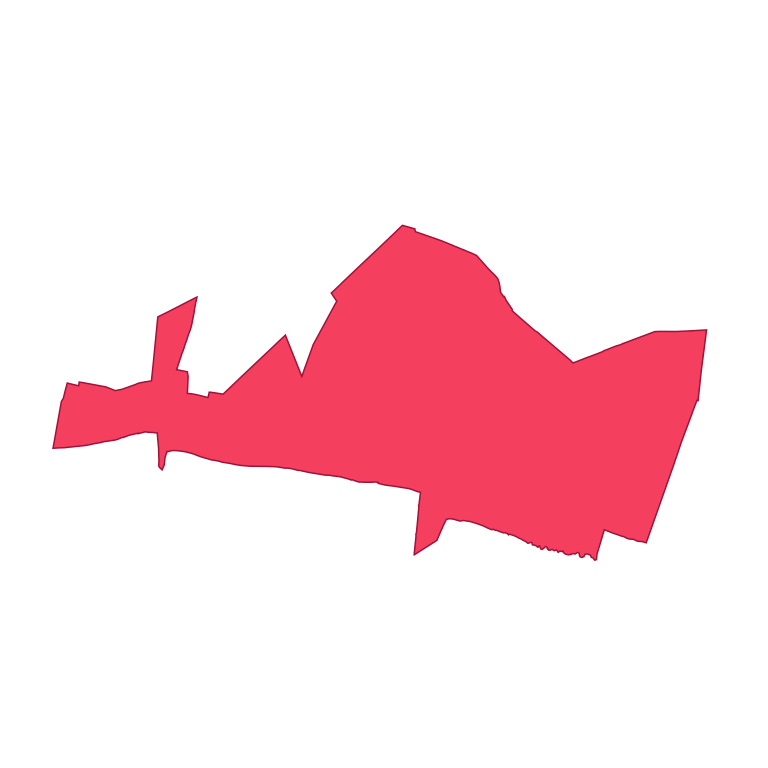 Salacgrīva, Salacgrivas, Latvia (Equal Earth projection), rotated 284°
{"feature_id": "27541924B36810764356206", "entity_name": "Salacgrīva", "entity_type": "district", "adm_level": 2, "iso_a3": "LVA", "parent_name": "Latvia", "parent_adm1": "Salacgrivas", "projection": "equal_earth", "projection_center": [24.355, 57.764], "detail": "fine", "context": "isolated", "style": "filled", "palette": "rose", "viewbox_px": 768, "rotation_deg": 284, "n_neighbors": 0, "source": "geoboundaries", "source_scale": "gbopen_adm2", "svg_char_len": 5915}
<svg xmlns="http://www.w3.org/2000/svg" viewBox="0 0 768 768"><g transform="rotate(284 384 384)"><path d="M241.6,78.4L243.3,83.8L244.8,89.1L246.8,94.5L249.3,101.5L252.3,109.7L253.9,113.1L256.1,117.4L258.6,123.2L260.3,126.2L262.5,131.7L263.8,134.7L264.5,136.5L266.4,139.7L267.9,141.5L269.8,145.1L272.3,148.6L274.0,151.8L276.7,157.1L276.8,157.3L276.3,157.4L277.2,159.1L278.5,161.6L278.7,162.0L279.2,162.7L279.4,163.1L279.5,163.2L279.6,163.6L279.8,164.2L279.9,164.7L280.2,167.4L281.1,171.8L281.2,172.5L281.2,173.5L281.3,174.1L281.7,175.8L274.4,178.3L267.8,180.6L254.4,184.4L250.3,185.1L248.8,186.2L247.2,189.1L247.0,189.5L252.7,190.4L259.8,189.3L266.1,189.8L266.0,190.6L267.5,193.1L268.0,194.4L268.3,195.3L268.6,196.2L268.8,197.2L269.1,198.5L269.6,202.0L270.0,205.7L270.2,208.7L270.1,215.3L269.4,220.6L269.0,225.0L268.8,231.2L268.6,235.0L268.9,237.6L269.2,242.3L269.0,245.9L269.2,248.6L269.3,249.5L269.7,253.6L269.8,257.3L269.9,259.6L270.4,265.2L271.9,274.4L275.6,289.9L277.2,297.2L277.9,301.5L278.2,306.2L278.5,308.9L279.1,310.8L279.4,314.1L279.5,317.5L279.4,319.9L279.4,321.8L279.8,323.2L279.8,324.9L279.9,328.0L280.0,332.5L281.4,349.3L281.8,350.9L282.3,353.4L282.4,355.7L283.4,364.1L283.2,373.9L282.8,375.2L283.1,375.7L283.4,376.0L283.0,380.0L282.8,383.4L283.7,387.1L283.9,388.7L284.8,392.3L285.7,395.8L286.8,399.2L287.1,402.0L287.1,402.4L286.2,402.4L286.2,406.9L286.3,410.1L286.5,412.3L287.1,416.9L287.6,422.3L287.7,423.3L288.0,427.0L288.2,429.3L288.5,433.1L288.5,434.7L288.4,436.3L288.2,438.5L287.7,442.0L287.7,445.6L278.0,446.8L275.9,447.1L274.5,446.9L273.5,447.5L260.6,449.5L247.7,451.4L246.2,451.3L245.4,451.4L244.6,451.8L235.5,453.1L226.5,454.4L225.6,454.7L245.0,473.1L254.5,474.7L262.0,476.0L267.1,477.1L267.8,477.4L269.2,480.3L269.7,484.6L269.5,486.8L269.4,491.1L269.7,491.6L270.2,492.7L270.8,494.2L271.4,501.3L271.0,508.2L270.4,514.3L269.3,519.6L268.7,523.4L268.8,524.2L269.2,524.6L269.5,525.0L269.6,525.3L269.5,525.6L269.3,525.9L269.0,527.2L269.3,528.6L269.0,530.5L268.9,531.2L268.5,535.2L268.5,536.3L269.0,537.2L268.8,539.0L268.5,540.7L268.0,540.8L267.7,541.2L268.0,541.5L268.4,541.9L268.6,542.5L268.4,546.2L267.9,549.3L267.0,552.7L266.5,555.7L266.2,556.1L266.0,556.5L265.8,558.0L265.5,559.1L265.2,560.2L264.7,561.2L264.3,561.8L264.4,562.4L264.8,563.2L265.8,564.7L266.0,565.2L265.6,566.1L264.6,566.3L264.1,566.7L263.8,567.1L264.0,567.6L263.9,570.4L262.9,572.4L263.1,573.2L264.5,573.5L264.6,573.8L261.7,576.4L261.8,577.6L263.2,578.7L264.9,579.8L265.3,580.2L265.4,580.7L265.4,581.1L265.2,581.5L264.7,582.0L263.8,582.1L263.2,582.9L263.5,583.2L263.0,583.5L262.7,583.9L262.9,585.5L263.7,586.2L264.2,587.5L263.5,589.0L263.5,589.7L263.7,590.1L264.4,590.9L264.6,591.6L263.9,592.5L263.3,593.1L262.8,593.7L263.0,594.0L263.6,594.2L263.8,594.5L264.0,594.9L264.5,595.2L264.4,595.6L264.4,596.4L264.6,597.0L265.1,597.7L265.3,598.0L265.2,598.3L264.2,598.5L263.6,599.3L262.9,601.1L262.8,602.5L262.9,604.4L263.8,606.5L264.5,607.4L265.1,608.5L265.4,609.5L265.2,610.5L266.6,611.9L267.4,612.7L267.3,613.8L266.5,614.6L265.0,615.0L263.8,616.0L263.5,617.9L264.8,619.7L265.9,620.0L267.2,620.2L267.8,621.1L268.3,622.6L268.1,623.9L267.9,625.6L267.3,626.1L266.2,626.8L265.8,627.9L265.8,628.9L265.5,629.6L264.5,630.3L264.1,630.8L264.3,631.6L265.0,632.6L267.5,632.3L270.5,631.8L274.4,632.0L274.9,632.1L275.5,632.1L276.0,632.1L282.1,632.4L295.9,633.0L294.6,642.7L294.5,644.9L294.2,648.1L293.9,650.6L293.9,652.9L293.8,653.7L293.6,654.9L293.3,656.0L293.1,657.0L293.0,657.6L292.9,658.7L293.0,660.1L293.4,662.1L293.5,663.0L293.6,664.0L293.4,664.9L293.2,665.7L293.0,666.5L292.9,667.3L292.9,668.7L293.1,670.2L293.3,671.3L293.5,672.4L293.5,673.6L293.4,675.7L293.3,676.8L306.2,678.1L315.2,678.9L343.6,681.6L378.3,684.9L379.0,684.9L388.0,685.7L397.2,686.4L400.5,686.7L428.6,689.9L430.9,690.1L443.9,691.6L443.8,692.8L473.9,688.6L496.6,686.0L514.5,683.9L509.1,666.5L505.7,655.1L501.7,638.6L500.3,634.0L485.0,611.8L480.8,605.8L480.9,605.6L480.3,605.3L479.5,604.1L478.1,602.1L478.1,601.7L476.9,599.8L470.9,591.4L469.4,589.2L468.3,588.3L464.7,583.2L461.0,577.9L458.6,574.3L455.9,570.5L452.5,565.7L450.1,562.2L452.2,558.9L461.7,539.7L466.6,529.9L467.4,528.2L470.7,521.7L471.7,519.6L472.0,518.0L481.9,498.5L482.0,498.3L483.1,496.3L485.9,490.9L487.6,490.2L494.8,482.2L497.1,480.4L497.9,479.6L497.5,479.4L497.7,479.0L501.1,475.0L503.4,474.1L503.7,474.0L506.7,472.8L510.2,471.2L511.6,470.3L513.6,469.0L516.0,465.8L520.0,459.0L521.1,457.3L531.1,442.7L531.3,441.7L531.5,440.6L532.0,438.4L532.1,437.6L534.0,424.5L534.3,422.8L534.7,419.8L536.9,405.0L537.1,402.6L538.5,387.4L539.4,377.6L542.0,376.4L542.4,363.5L536.8,359.9L533.9,358.2L511.4,343.9L492.4,331.7L481.7,324.9L471.6,318.5L469.4,317.2L460.5,311.5L459.5,310.8L452.9,318.1L405.1,305.8L388.5,304.1L379.7,303.2L371.9,302.5L371.5,302.4L406.5,277.2L407.6,276.5L406.0,275.5L400.5,271.9L391.8,266.4L365.6,249.6L335.2,230.3L334.9,226.5L334.9,226.3L334.1,218.1L333.8,216.4L328.3,216.5L328.3,207.3L328.2,203.2L327.9,199.0L327.3,195.5L343.1,192.3L344.3,192.0L348.3,190.2L348.0,185.1L348.0,183.9L347.9,182.8L347.9,181.6L347.8,179.9L347.7,179.3L347.8,179.3L349.4,179.5L351.1,179.6L352.2,179.6L353.3,179.7L354.3,179.8L355.4,179.9L356.2,180.0L357.1,180.0L358.2,180.1L359.3,180.2L360.3,180.3L361.3,180.4L362.3,180.4L363.3,180.4L364.4,180.5L365.6,180.7L367.9,181.0L370.2,181.2L371.2,181.3L372.2,181.3L373.8,181.4L376.5,181.7L378.7,181.9L383.5,182.2L390.5,183.0L393.8,183.1L397.1,183.0L403.7,182.6L406.8,182.5L410.2,182.1L413.4,181.9L415.3,181.8L416.8,181.7L417.9,181.5L418.7,181.7L423.1,181.5L422.0,180.1L402.3,157.6L401.5,156.7L394.4,148.3L347.6,155.2L330.8,157.6L330.5,156.9L328.0,151.1L326.9,148.7L325.7,146.1L324.4,144.2L323.5,143.1L318.9,136.2L316.6,132.7L315.9,131.8L312.8,125.4L312.6,124.7L313.2,120.3L313.9,114.8L313.0,99.9L312.2,87.8L308.4,88.1L308.3,81.2L308.3,76.4L304.6,76.4L303.5,76.3L293.0,76.3L292.5,76.3L289.0,75.2L250.4,77.8L241.6,78.4Z" fill="#f43f5e" stroke="#9f1239" stroke-width="1.5"/></g></svg>